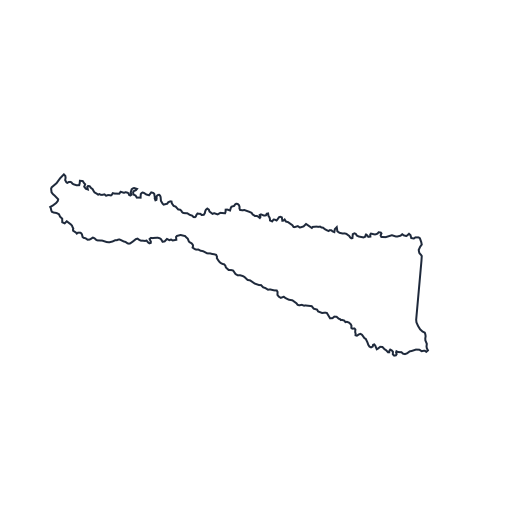 outline of Caçu, Goiás, Brazil, rotated 147°
{"feature_id": "56859067B96243703619067", "entity_name": "Caçu", "entity_type": "district", "adm_level": 2, "iso_a3": "BRA", "parent_name": "Brazil", "parent_adm1": "Goiás", "projection": "robinson", "projection_center": [-51.053, -18.733], "detail": "fine", "context": "isolated", "style": "outline", "palette": "slate", "viewbox_px": 512, "rotation_deg": 147, "n_neighbors": 0, "source": "geoboundaries", "source_scale": "gbopen_adm2", "svg_char_len": 6137}
<svg xmlns="http://www.w3.org/2000/svg" viewBox="0 0 512 512"><g transform="rotate(147 256 256)"><path d="M401.9,409.2L402.0,408.0L402.9,405.6L403.1,404.2L402.0,402.6L400.3,401.1L399.5,400.1L398.5,398.3L398.9,395.7L398.2,392.9L400.1,389.8L398.7,387.6L395.8,388.2L394.0,383.1L393.8,381.6L394.1,380.3L394.3,378.5L395.1,377.8L395.6,376.8L394.2,373.6L394.1,372.4L392.5,372.5L390.8,371.4L390.2,370.3L390.2,368.9L391.1,366.3L390.6,365.0L389.8,364.3L389.0,363.1L388.4,361.4L386.8,360.5L385.6,360.3L382.8,360.3L382.1,359.3L381.6,358.2L381.2,356.4L380.4,355.4L376.6,352.7L373.6,349.0L371.6,347.4L368.4,346.3L365.5,345.9L364.0,345.0L362.7,344.8L361.6,344.3L360.8,343.2L359.0,340.2L357.8,338.9L356.8,336.5L355.9,335.6L354.8,335.1L351.4,335.2L347.6,335.6L345.9,335.1L345.1,333.0L344.2,331.6L342.6,330.5L340.8,329.0L339.4,328.6L339.1,326.1L338.5,324.7L337.2,324.3L336.4,325.2L336.0,328.2L334.3,328.4L332.8,327.2L331.5,326.6L328.5,324.9L327.1,323.3L326.5,321.8L326.6,318.8L324.7,318.0L321.4,318.8L320.0,316.4L318.3,316.1L317.4,314.4L316.2,313.9L314.0,313.0L312.7,315.5L311.4,315.9L307.8,314.7L304.6,311.3L304.4,309.9L303.8,307.7L304.4,304.7L304.1,303.6L303.1,301.7L302.9,299.9L303.3,298.7L304.6,297.6L303.6,295.2L303.0,294.3L302.2,293.6L300.9,292.9L299.6,290.6L298.5,289.6L297.6,288.6L295.5,284.8L293.1,283.2L291.7,281.6L290.1,280.2L288.8,278.7L289.1,276.7L290.0,275.5L290.0,272.6L289.8,270.6L289.3,269.1L288.4,267.6L287.2,266.3L287.0,264.5L287.5,262.8L286.6,259.2L284.1,257.4L283.1,256.2L283.0,252.0L281.8,249.7L279.9,248.6L278.0,246.4L277.1,244.7L276.1,240.5L274.2,238.7L272.1,233.6L269.3,230.0L267.6,228.8L267.1,225.9L265.6,224.0L264.3,221.2L262.4,220.3L259.5,217.3L257.4,215.8L257.5,214.1L259.2,211.7L259.0,209.5L258.0,207.4L254.9,206.7L254.2,204.7L252.3,201.5L249.6,199.0L247.8,194.3L247.7,192.4L246.6,191.1L244.2,190.1L242.7,188.1L241.7,187.8L236.6,183.6L236.3,180.4L234.0,177.8L234.1,175.7L231.6,172.2L228.8,170.8L227.6,169.6L227.8,163.4L225.7,162.2L223.3,162.5L221.5,161.1L220.8,158.4L219.9,157.3L219.8,156.1L218.7,155.6L217.2,153.8L217.0,151.8L215.6,151.3L214.3,149.5L213.7,147.1L213.9,145.6L215.2,143.8L214.8,142.6L212.9,141.6L212.7,140.2L214.3,138.1L214.7,136.7L215.7,135.3L214.8,134.2L212.3,134.2L210.8,133.8L210.0,132.2L209.8,128.0L209.1,126.7L209.6,122.8L210.2,120.4L210.2,118.2L209.3,116.7L207.4,116.5L206.2,117.7L205.0,117.5L204.8,115.9L205.1,114.4L205.5,112.0L204.1,111.9L201.3,112.2L199.5,110.8L199.0,107.9L198.2,106.1L197.7,103.3L196.7,102.7L195.7,103.9L194.4,104.4L193.6,102.9L193.3,101.2L194.8,99.0L194.4,97.2L192.8,96.5L191.5,97.1L191.0,98.9L190.1,99.6L189.4,98.4L188.3,97.4L186.4,96.1L185.9,94.0L184.5,92.6L182.3,92.1L179.0,92.3L177.3,91.6L172.8,90.4L170.0,88.4L168.9,85.9L167.2,85.3L166.0,84.6L165.4,82.9L163.2,83.2L163.0,85.5L162.3,87.2L160.6,89.3L159.9,93.0L158.9,94.7L157.4,96.4L156.6,98.2L156.2,99.8L157.5,102.0L158.3,105.1L158.2,109.0L157.6,112.9L156.4,115.3L119.9,161.8L117.0,165.7L117.0,167.1L117.4,169.3L117.0,170.7L116.2,172.5L113.2,174.4L110.8,175.3L109.9,177.5L108.9,181.6L109.5,183.0L112.2,184.8L114.1,184.7L116.0,186.5L115.1,189.4L115.6,191.3L117.7,190.9L119.1,190.9L120.9,192.9L121.5,194.6L123.7,194.3L126.9,195.4L128.1,196.2L130.7,199.4L137.0,201.2L140.5,203.7L140.3,205.4L138.5,206.6L138.6,207.7L140.2,209.1L141.9,208.6L143.9,209.0L145.0,209.7L147.4,212.2L148.5,211.8L149.5,210.0L151.4,210.9L151.5,212.7L152.0,214.1L152.9,213.7L153.7,212.7L155.7,213.0L159.2,216.4L160.3,218.2L160.3,220.2L161.1,221.4L162.9,221.6L165.4,218.5L166.4,218.9L166.9,220.3L166.9,222.1L167.6,223.8L168.1,225.3L169.4,226.7L171.0,227.6L173.2,229.8L173.8,231.0L174.3,232.4L172.6,236.2L175.2,235.6L177.3,233.4L178.4,235.0L178.8,236.5L180.1,237.5L181.5,237.4L182.5,238.9L183.6,240.9L184.4,243.3L185.6,244.3L186.2,245.7L187.7,246.4L189.4,247.8L192.6,249.5L193.9,249.1L196.6,255.6L200.0,254.9L202.5,255.6L203.7,256.0L204.7,258.3L207.9,259.2L208.7,259.9L208.7,262.0L209.6,264.2L210.7,267.0L212.1,268.5L212.1,271.0L213.6,270.7L214.7,271.2L213.3,274.3L214.2,275.6L215.5,276.0L218.3,274.9L219.4,274.6L220.5,276.3L221.4,277.0L223.6,276.2L224.9,278.2L224.3,279.2L223.7,280.8L223.7,282.9L222.7,285.1L224.0,285.6L225.4,284.7L226.5,285.1L227.3,285.6L229.2,288.2L230.5,288.4L231.0,286.3L232.1,285.8L233.0,288.5L234.0,289.5L235.1,290.1L235.7,291.7L236.2,292.6L236.2,294.6L237.4,296.5L240.8,301.0L242.2,301.5L244.3,303.3L243.9,305.1L243.1,306.0L242.6,307.9L243.0,309.6L244.1,310.6L245.6,310.6L247.0,309.9L249.7,310.7L250.9,310.1L253.0,308.3L254.7,310.5L256.2,311.4L257.7,309.4L258.7,308.7L262.4,311.6L265.5,311.8L267.8,314.7L269.5,315.0L270.8,318.6L270.3,320.5L271.0,322.3L272.8,322.1L274.2,321.2L275.6,319.8L277.4,319.0L279.3,320.0L279.6,321.6L280.8,322.4L281.9,323.5L283.6,322.9L285.0,321.9L286.0,321.8L287.2,322.7L287.5,324.5L289.2,326.7L290.3,329.2L292.9,331.1L293.8,332.1L294.1,333.3L294.0,334.6L294.4,336.1L295.9,337.4L296.5,341.2L297.8,342.9L297.9,346.0L297.2,347.7L298.1,348.5L300.3,348.9L301.9,348.2L305.5,349.4L305.8,350.8L305.7,354.0L303.9,357.4L303.6,358.8L303.8,360.0L304.7,360.5L306.1,360.5L307.2,359.9L307.9,358.5L309.0,357.3L310.0,357.5L309.6,359.4L308.9,360.3L307.5,363.6L307.8,364.8L309.2,366.4L312.6,365.2L314.5,367.3L315.6,369.9L316.5,371.0L317.6,371.1L318.9,370.7L319.9,369.4L321.0,367.8L324.2,369.9L324.1,371.1L324.1,372.3L325.3,374.3L324.4,376.3L323.3,377.0L320.9,376.6L319.3,377.1L321.2,379.4L322.2,379.7L323.9,379.7L326.3,377.7L327.3,375.2L328.5,375.2L329.2,376.5L328.7,377.8L329.3,379.1L330.6,380.5L332.3,380.9L334.6,383.6L336.7,382.7L340.5,385.3L341.9,386.7L343.5,385.9L344.7,385.8L345.6,386.7L346.9,387.7L348.9,388.2L349.5,390.2L351.6,391.0L352.8,391.8L353.7,393.3L355.0,393.4L355.6,395.0L356.8,397.3L356.8,399.2L356.6,401.0L357.3,402.9L357.5,405.1L358.7,406.2L359.8,405.9L360.8,403.4L362.1,405.1L362.3,407.7L360.2,409.2L360.5,410.8L360.5,413.2L362.7,415.0L364.1,413.2L365.7,411.7L367.9,413.0L369.8,415.3L370.5,416.5L370.7,418.3L371.4,419.3L372.7,420.0L374.5,420.1L374.9,421.2L374.7,423.6L373.1,425.3L372.3,427.0L372.7,429.1L377.9,427.9L383.6,425.7L390.0,424.9L391.2,424.0L392.8,420.7L392.6,418.4L392.0,416.4L391.0,411.3L392.3,410.1L394.7,409.3L398.9,409.0L401.9,409.2Z" fill="none" stroke="#1e293b" stroke-width="2"/></g></svg>